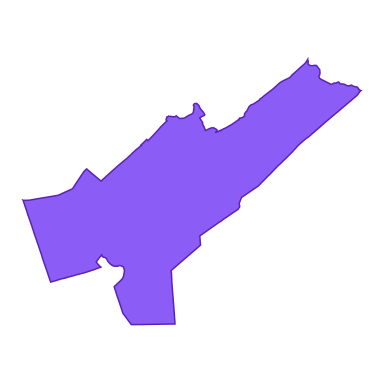 outline of Baleni, Dâmbovita, Romania
{"feature_id": "2599482B16788296681180", "entity_name": "Baleni", "entity_type": "district", "adm_level": 2, "iso_a3": "ROU", "parent_name": "Romania", "parent_adm1": "Dâmbovita", "projection": "natural_earth1", "projection_center": [25.648, 44.814], "detail": "fine", "context": "isolated", "style": "filled", "palette": "violet", "viewbox_px": 384, "rotation_deg": 0, "n_neighbors": 0, "source": "geoboundaries", "source_scale": "gbopen_adm2", "svg_char_len": 5805}
<svg xmlns="http://www.w3.org/2000/svg" viewBox="0 0 384 384"><path d="M173.4,302.1L172.3,288.3L172.3,288.2L171.7,280.3L171.8,280.0L171.5,275.1L171.6,274.7L171.1,270.6L178.1,264.5L186.2,257.5L200.4,245.2L200.5,245.0L200.2,241.0L199.8,235.9L200.5,235.4L219.8,221.8L221.3,221.1L222.8,219.7L233.1,212.7L237.7,209.6L238.0,209.4L238.2,209.1L238.7,208.4L239.3,207.4L239.5,207.0L239.7,206.5L239.7,206.0L239.7,205.8L239.6,205.3L239.1,203.9L239.1,203.7L239.3,203.0L239.9,201.7L240.2,200.7L241.3,197.9L241.5,197.6L241.7,197.3L243.0,196.4L257.3,186.7L257.9,186.3L258.2,186.1L266.9,177.2L268.1,175.9L268.9,175.2L269.4,174.8L278.3,165.5L278.4,165.3L279.0,164.9L279.3,164.7L279.6,164.4L281.9,162.3L283.7,160.4L285.9,158.4L287.2,157.0L292.8,151.5L293.2,151.0L294.3,149.7L295.5,148.5L298.0,145.6L300.9,143.0L306.2,138.4L308.8,136.7L312.0,133.9L320.2,126.8L325.6,122.0L338.8,110.9L356.5,95.9L358.1,94.2L359.7,91.7L361.0,90.6L359.6,90.1L359.3,89.4L358.7,89.2L358.4,89.0L358.3,88.7L358.3,88.3L357.7,87.6L357.3,87.1L356.4,86.8L355.3,86.8L354.0,86.3L352.7,85.9L351.9,85.5L351.7,85.1L351.2,85.1L350.6,85.4L349.3,85.8L348.2,85.9L347.1,85.7L344.3,84.2L342.1,83.9L340.9,84.0L339.9,83.7L339.6,83.3L339.5,82.9L339.4,82.7L339.1,82.6L338.9,82.2L338.7,82.1L338.4,82.2L338.2,82.0L337.9,82.1L337.7,82.4L336.5,82.8L335.3,83.1L334.0,83.1L333.3,83.4L332.1,84.1L331.4,84.4L330.9,84.3L329.6,83.5L328.1,82.9L326.3,81.9L321.2,79.4L320.0,78.6L319.4,77.6L318.9,76.9L319.0,76.1L319.6,75.2L320.0,73.0L319.9,71.2L319.7,69.7L317.7,67.1L316.5,65.5L314.8,65.3L312.6,65.7L310.4,65.6L308.9,64.8L308.0,63.6L308.2,61.2L307.7,59.9L307.7,59.4L305.6,62.8L303.8,64.5L300.1,67.7L294.7,72.7L292.8,74.2L289.7,77.6L283.1,80.8L280.0,82.6L273.3,88.7L263.6,96.2L262.0,97.6L260.0,99.0L259.6,99.9L253.8,103.8L250.8,105.0L248.9,106.8L247.0,110.8L245.6,112.1L244.6,113.8L244.5,114.9L244.4,115.5L244.4,116.0L243.9,116.5L242.3,117.6L240.9,117.9L240.3,118.2L240.0,118.1L239.8,118.0L239.6,118.2L239.5,118.6L239.3,118.7L239.1,118.8L239.1,119.2L239.1,119.4L238.9,119.5L238.3,119.8L238.4,120.0L238.2,120.0L237.4,120.6L236.4,121.2L234.5,122.6L233.1,123.5L231.4,124.7L230.8,124.9L229.9,125.6L228.5,126.3L227.5,126.9L226.0,127.8L225.3,128.1L223.4,128.9L222.9,129.3L222.1,129.7L221.7,130.0L221.1,130.4L220.8,130.6L220.7,130.2L220.5,130.3L220.4,130.4L216.9,132.0L215.9,132.2L216.0,131.9L216.4,131.5L216.8,131.0L217.0,130.6L217.1,130.1L216.8,129.7L216.3,129.3L215.0,128.6L214.1,128.0L213.5,127.8L213.1,127.8L212.1,127.8L211.4,127.9L210.8,128.1L208.6,129.0L207.7,129.5L206.2,130.3L205.8,130.4L205.4,130.4L205.1,129.5L204.7,128.5L203.9,126.5L203.2,125.3L202.5,124.0L202.5,123.5L202.8,123.1L202.6,122.4L199.6,117.9L201.6,116.8L204.6,115.2L204.7,114.9L204.7,114.6L204.4,114.0L203.6,112.6L202.6,111.2L202.0,110.7L201.2,109.7L201.0,109.4L200.6,109.0L200.1,108.2L198.9,105.5L197.7,104.3L197.0,103.7L196.4,103.4L195.7,103.4L195.0,103.5L194.5,103.7L194.0,104.1L193.6,104.8L193.5,105.0L193.4,105.2L193.4,105.5L194.1,106.7L193.4,111.6L193.4,112.2L193.1,112.8L192.5,113.4L192.1,113.8L191.2,114.3L188.6,115.5L187.1,116.3L185.7,117.2L184.9,117.8L183.9,118.2L182.3,118.3L179.5,118.5L176.2,115.8L174.9,116.8L174.3,116.7L172.4,116.7L171.6,116.6L171.1,116.4L170.5,116.3L170.1,116.4L169.7,116.5L168.9,116.3L168.5,116.1L168.2,116.4L167.7,116.7L167.3,116.8L166.8,117.1L166.6,118.2L166.1,119.3L166.4,120.1L166.2,120.5L166.4,120.8L166.8,121.0L162.8,124.9L160.5,127.2L158.3,129.8L155.3,133.1L149.8,138.9L148.7,139.9L148.2,140.2L148.1,140.6L147.6,140.3L146.7,139.4L144.1,142.0L140.9,145.1L141.5,145.5L141.3,145.7L140.9,145.9L136.1,149.7L132.4,153.1L132.2,153.2L132.1,153.5L130.5,155.1L130.2,155.3L129.0,156.3L128.8,156.6L127.2,158.1L126.9,158.4L126.3,158.9L126.0,159.1L121.4,162.9L118.4,165.4L114.2,169.2L113.8,169.5L106.1,176.4L104.7,177.8L102.7,179.5L101.1,181.1L99.0,179.4L86.6,168.9L84.0,171.4L83.6,172.0L78.3,180.0L76.4,182.8L74.9,185.1L73.1,187.9L72.8,188.4L72.5,188.6L72.0,189.0L68.9,190.4L58.1,195.3L35.4,199.1L29.4,200.2L28.3,200.2L26.0,200.3L23.3,200.3L23.0,200.2L23.3,200.8L24.0,203.1L24.4,204.1L24.8,205.5L25.8,208.4L26.8,211.2L27.3,212.9L27.6,214.0L32.3,227.4L32.3,227.8L32.8,229.0L34.2,233.5L36.5,240.1L42.0,256.3L42.3,257.5L43.6,261.5L46.1,268.8L47.8,273.6L48.4,275.5L49.5,278.8L50.7,282.1L50.9,282.0L51.3,281.9L53.4,281.3L54.5,281.0L56.3,280.5L57.3,280.1L58.8,279.7L61.5,278.8L62.1,278.7L62.7,278.7L64.4,278.2L64.7,278.2L65.1,278.2L65.8,277.8L67.2,277.4L68.6,277.0L70.2,276.6L71.8,276.1L72.5,276.0L77.7,274.5L78.2,274.4L78.6,274.4L79.6,274.0L82.1,273.4L84.7,272.7L90.2,270.9L90.5,270.8L93.9,269.7L94.1,269.6L94.3,269.5L100.9,267.1L99.6,266.0L98.1,264.4L97.0,263.0L96.2,261.8L96.8,261.2L97.2,260.7L97.4,260.2L97.7,259.9L98.2,259.4L99.9,257.0L101.8,254.9L102.0,255.6L102.3,256.4L102.6,256.7L103.0,257.0L103.6,257.3L103.9,257.4L104.9,257.5L105.1,257.5L105.6,257.8L106.0,258.2L106.9,259.3L107.1,259.7L107.5,260.8L108.3,261.8L109.0,262.7L109.6,263.3L110.3,263.9L111.3,264.9L111.6,265.1L111.8,265.1L112.3,265.2L112.5,265.2L112.6,265.3L112.8,265.7L113.3,266.0L114.3,266.2L115.2,266.3L116.3,266.3L117.0,266.3L117.3,266.3L117.7,266.2L118.7,265.7L119.1,265.6L119.4,265.6L119.9,265.7L120.6,265.6L120.9,265.7L122.6,266.6L122.9,266.7L123.3,266.7L123.4,266.8L123.5,267.1L124.4,270.4L124.4,271.0L124.3,271.3L124.4,271.5L124.4,272.0L124.1,272.9L123.9,273.9L123.8,274.8L123.4,276.6L123.2,277.1L123.0,277.5L121.9,279.3L121.3,279.8L121.2,280.1L120.6,280.6L117.5,283.5L117.1,283.9L116.8,284.2L116.6,284.4L115.3,285.7L114.6,286.2L114.4,286.4L114.2,286.7L114.3,286.9L114.4,287.6L115.3,290.2L117.2,296.2L117.5,297.3L117.7,297.7L119.4,302.6L121.2,308.0L122.7,312.7L122.9,313.2L123.2,313.7L124.8,315.8L126.7,318.3L128.0,320.2L131.3,324.6L143.4,324.5L153.4,324.3L155.4,324.3L160.2,324.2L166.6,324.1L175.0,324.0L174.6,318.0L174.4,314.8L173.8,307.3L173.4,302.1Z" fill="#8b5cf6" stroke="#5b21b6" stroke-width="1.5"/></svg>